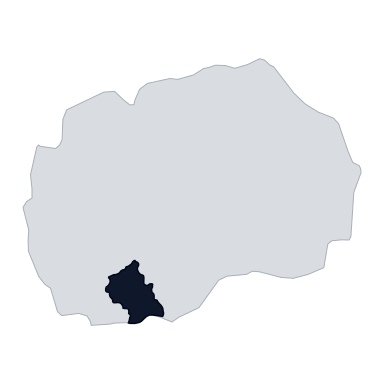 Bitola highlighted on a map of North Macedonia
{"feature_id": "MKD-2896", "entity_name": "Bitola", "entity_type": "Statistical Region", "adm_level": 1, "iso_a3": "MKD", "parent_name": "North Macedonia", "parent_adm1": "", "projection": "mercator", "projection_center": [21.29, 41.04], "detail": "fine", "context": "in_parent", "style": "filled", "palette": "ink", "viewbox_px": 384, "rotation_deg": 0, "n_neighbors": 0, "source": "natural_earth", "source_scale": "10m", "svg_char_len": 2619}
<svg xmlns="http://www.w3.org/2000/svg" viewBox="0 0 384 384"><path d="M170.2,78.5L177.6,79.4L193.6,74.9L203.6,68.5L208.6,67.6L215.4,65.2L225.1,65.5L234.9,68.3L247.4,64.6L259.7,58.7L264.7,60.2L270.0,65.2L273.5,66.6L293.9,93.2L305.1,103.9L318.2,112.1L333.3,118.0L338.6,123.7L348.2,151.8L352.8,162.5L359.2,165.7L360.7,168.8L361.0,172.8L353.8,192.5L350.9,236.5L349.1,240.0L341.6,239.8L331.7,240.8L327.8,244.1L323.8,267.7L307.8,274.5L293.3,278.3L281.0,277.4L259.5,271.8L252.4,271.2L246.4,274.4L227.2,276.1L218.7,280.2L198.9,307.7L178.8,317.2L172.0,322.0L156.7,315.9L149.3,315.3L138.7,322.3L115.4,323.0L109.1,324.2L91.2,325.3L90.4,321.5L87.1,316.0L78.8,313.4L61.7,315.6L57.5,311.6L50.5,288.2L45.0,284.5L38.8,276.6L28.4,251.2L28.1,240.0L28.8,230.3L23.0,207.4L26.6,201.6L32.0,198.0L32.0,188.7L30.5,174.7L36.8,147.0L38.6,145.0L40.2,146.3L55.6,148.5L59.6,145.0L62.1,139.6L62.9,119.3L66.6,109.9L103.8,92.1L114.7,91.4L123.1,99.6L129.8,104.9L133.8,104.7L135.2,99.4L139.7,89.2L147.4,83.4L170.0,78.5L170.2,78.5Z" fill="#d9dde1" stroke="#a8b0b8" stroke-width="1"/><path d="M162.7,316.4L152.7,315.0L149.4,315.0L146.3,316.4L141.5,321.2L139.4,322.4L134.9,323.4L130.4,323.4L128.4,323.0L128.4,322.9L128.8,321.7L129.0,321.5L129.4,319.5L129.8,317.6L130.2,316.5L130.4,315.3L130.1,314.5L128.7,313.6L128.9,311.4L128.3,309.2L127.6,308.6L125.7,308.5L124.4,308.5L123.0,308.1L123.0,306.7L122.5,305.6L121.0,303.5L119.2,302.6L117.4,302.6L115.1,302.7L113.7,302.7L112.7,301.8L112.7,300.5L112.4,299.4L111.5,298.3L110.4,297.2L109.8,295.9L109.5,294.4L109.5,292.8L108.9,292.3L106.6,291.9L105.7,290.8L105.7,288.9L106.2,287.1L107.3,286.3L108.6,285.1L109.9,282.9L110.2,280.9L109.9,279.3L108.7,277.9L108.7,277.0L110.2,276.3L112.0,275.5L113.2,274.9L114.9,274.6L116.3,274.5L118.0,273.7L119.4,273.0L120.9,271.0L122.9,269.8L124.6,269.7L125.6,268.1L126.3,266.7L127.5,266.6L129.0,265.8L131.5,263.9L132.8,261.7L134.0,260.7L134.9,260.5L135.7,261.4L136.6,262.1L137.4,262.2L137.6,262.4L138.6,263.8L138.6,265.3L138.1,266.5L137.4,267.6L137.4,269.3L137.8,270.8L138.6,272.4L139.7,273.8L141.0,274.6L142.8,275.2L143.6,276.0L143.8,277.2L143.9,278.3L143.8,279.6L143.8,281.3L143.7,283.0L144.0,283.9L144.7,284.6L145.7,285.2L146.8,285.5L147.5,285.5L148.8,284.6L149.8,283.9L150.5,283.8L151.3,283.8L152.4,284.0L152.7,284.3L152.5,285.1L152.5,286.9L152.1,287.9L151.7,288.7L151.6,289.9L151.8,291.7L152.2,292.5L152.9,293.1L153.8,294.2L154.1,295.7L154.1,298.2L154.2,299.5L155.8,299.9L157.1,300.3L157.6,301.5L159.3,303.6L161.1,305.4L162.5,307.6L162.9,309.0L163.0,310.6L163.5,312.7L163.5,314.3L163.4,314.5L162.7,316.4L162.7,316.4Z" fill="#0f172a" stroke="#020617" stroke-width="1.5"/></svg>